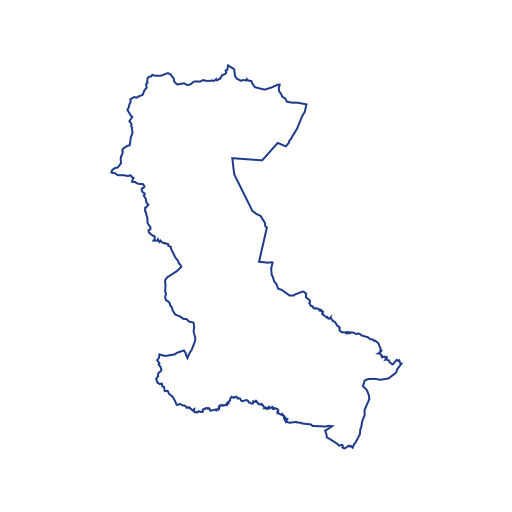 Twifo Hemang Lower Denkyira, Central, Ghana (orthographic projection), rotated 202°
{"feature_id": "2480657B44541331554905", "entity_name": "Twifo Hemang Lower Denkyira", "entity_type": "district", "adm_level": 2, "iso_a3": "GHA", "parent_name": "Ghana", "parent_adm1": "Central", "projection": "orthographic", "projection_center": [-1.455, 5.378], "detail": "fine", "context": "isolated", "style": "outline", "palette": "blue", "viewbox_px": 512, "rotation_deg": 202, "n_neighbors": 0, "source": "geoboundaries", "source_scale": "gbopen_adm2", "svg_char_len": 6092}
<svg xmlns="http://www.w3.org/2000/svg" viewBox="0 0 512 512"><g transform="rotate(202 256 256)"><path d="M266.0,415.5L274.6,413.8L280.6,411.5L285.2,410.7L288.0,413.0L291.4,413.6L293.1,415.4L296.5,417.6L298.2,421.3L297.9,422.2L298.3,423.8L300.0,423.0L304.9,417.9L310.3,413.5L320.2,412.1L324.2,414.7L325.7,416.4L329.3,415.8L330.9,416.6L331.0,414.9L333.7,414.5L335.6,412.8L340.1,413.2L342.9,415.0L345.9,420.6L346.8,421.2L353.3,422.2L352.4,417.8L353.6,416.5L352.3,415.1L352.5,413.6L354.0,411.8L355.0,411.5L355.8,406.7L356.5,406.6L357.7,404.4L358.7,404.2L359.3,404.9L359.6,403.9L361.3,402.1L362.5,402.4L364.0,401.2L368.5,399.5L370.8,399.4L373.3,396.7L377.6,395.2L379.3,393.9L380.9,390.7L383.6,388.7L387.4,389.2L393.1,385.6L395.6,386.2L397.2,387.2L398.5,389.5L403.0,392.3L406.2,392.6L411.6,387.6L417.4,385.2L420.0,385.2L420.5,383.2L422.1,382.2L423.2,380.6L422.2,376.7L421.5,376.1L422.3,374.0L420.4,371.1L421.5,368.1L421.5,362.9L425.2,359.4L425.8,358.2L428.5,357.7L431.2,354.3L430.0,351.9L430.1,348.2L429.6,345.8L430.0,343.3L424.8,339.4L422.8,338.6L423.9,333.5L421.9,332.5L420.6,331.2L420.3,329.4L419.0,328.6L418.4,326.7L417.1,325.0L416.5,322.7L416.5,319.2L414.6,311.4L416.5,310.0L419.4,306.0L419.5,303.5L418.5,302.7L418.1,299.4L418.5,298.1L417.7,294.9L415.9,291.5L417.4,286.2L419.8,284.6L421.4,282.2L421.5,279.4L420.4,279.2L417.7,279.9L414.3,279.2L409.1,281.3L404.5,282.2L403.0,283.7L401.7,283.6L401.1,282.7L398.9,282.6L399.0,278.7L398.5,278.3L395.6,279.4L394.2,278.8L391.9,278.9L387.8,280.3L385.5,278.9L385.7,277.2L387.1,275.8L386.8,274.4L384.9,272.6L382.9,272.4L382.3,271.7L382.7,269.9L379.8,268.0L377.6,264.5L375.0,263.2L376.3,259.3L376.8,259.2L375.7,256.0L374.1,255.0L373.4,253.4L371.1,250.9L368.8,245.8L364.7,243.2L363.9,241.2L365.1,240.2L365.1,239.1L364.0,237.6L359.3,236.1L358.3,236.5L357.2,236.1L356.3,233.7L356.8,231.9L353.0,233.3L353.1,234.7L350.8,232.8L350.3,234.5L349.0,233.7L346.5,233.3L345.5,234.0L344.3,233.5L343.1,234.1L341.8,234.1L341.1,232.6L338.5,232.6L337.1,230.5L330.1,224.3L326.5,222.4L324.8,220.3L323.1,219.7L321.2,218.0L323.8,212.2L330.3,203.0L331.1,200.1L330.8,198.0L329.3,195.9L326.9,189.0L325.1,186.9L325.1,184.6L323.9,182.4L322.4,181.1L321.4,181.3L318.4,180.0L316.8,177.8L315.1,177.2L312.9,174.3L309.0,171.5L303.4,171.4L299.5,170.5L296.8,171.5L293.5,170.1L289.8,170.8L288.6,170.4L286.7,166.9L285.6,162.7L281.3,156.8L280.6,153.8L280.5,145.2L281.3,140.4L281.3,135.7L283.8,138.0L284.8,139.6L287.5,141.4L293.2,136.5L294.5,134.3L302.7,129.3L308.7,128.5L307.8,125.4L308.6,122.4L305.3,120.3L305.7,119.0L302.9,117.3L301.1,115.2L301.1,113.8L302.6,110.9L302.6,109.3L301.6,107.9L302.6,104.7L299.9,101.6L297.0,101.2L295.8,102.4L295.2,102.2L294.1,100.1L292.2,100.1L290.0,96.5L287.5,97.9L284.7,95.5L280.8,94.4L277.0,91.5L274.0,88.4L272.8,88.5L271.3,90.3L267.7,90.0L266.6,90.7L263.8,89.9L263.3,89.4L262.8,90.2L261.5,90.0L261.3,90.6L260.8,90.7L260.4,90.1L260.1,90.3L257.1,89.1L255.9,90.8L255.5,88.7L254.5,88.2L252.1,88.9L252.3,89.3L251.4,89.6L250.8,90.7L247.8,91.0L246.9,91.9L247.8,93.7L246.5,95.1L245.7,95.3L245.4,96.3L243.7,96.9L243.2,96.3L242.3,97.3L240.2,95.5L236.5,98.2L235.2,97.9L235.3,98.8L233.6,100.2L233.2,99.6L232.8,100.4L234.1,102.4L234.0,102.9L232.8,103.3L233.2,104.2L231.0,105.4L230.3,104.9L228.7,106.5L227.1,106.7L227.4,107.8L227.0,108.3L227.6,108.2L227.9,108.6L226.5,109.5L227.1,110.4L225.9,112.2L226.4,114.0L226.0,116.2L223.8,116.1L223.5,116.9L222.9,116.8L222.5,117.6L221.3,118.2L219.6,117.0L219.1,117.6L217.4,117.8L215.8,116.5L214.4,116.2L210.9,118.9L208.9,118.6L207.9,117.5L206.7,117.9L205.2,117.4L203.6,118.1L204.2,120.2L202.2,120.4L202.0,121.8L201.5,121.9L200.3,120.6L198.8,120.4L198.4,119.7L196.2,119.9L195.7,120.7L195.2,120.2L194.6,120.7L192.0,118.9L190.4,119.1L190.9,118.1L189.4,118.7L188.7,118.3L188.1,119.7L187.9,119.0L187.2,119.1L187.1,120.9L186.0,120.3L184.2,122.2L183.3,120.5L182.1,120.7L181.9,121.9L179.0,122.2L177.4,121.2L177.3,120.0L177.8,119.6L177.2,118.2L176.7,118.6L173.4,118.3L172.6,119.3L172.1,118.5L171.5,118.8L170.9,118.0L169.9,118.1L169.5,116.9L168.8,117.1L168.9,116.4L168.3,116.6L168.5,115.5L167.2,114.3L167.6,116.0L166.1,116.5L166.4,115.3L165.3,114.3L166.2,114.1L165.1,113.6L162.3,114.0L156.5,117.3L155.5,117.0L151.5,118.3L150.5,118.0L142.0,120.4L140.0,119.6L127.5,124.0L125.4,125.6L121.7,126.7L126.4,119.9L123.5,116.5L122.5,114.5L109.9,112.3L109.0,111.5L107.7,111.3L106.6,112.6L105.1,113.1L103.8,111.5L104.1,110.9L103.1,110.6L101.6,110.9L98.7,115.1L97.4,114.5L96.4,115.4L94.6,114.5L94.5,118.3L93.8,120.5L92.9,129.6L94.3,134.1L94.4,137.1L95.7,143.2L95.6,149.0L97.7,154.1L97.3,165.8L99.0,168.9L101.6,171.8L103.7,173.6L108.0,175.3L108.6,181.3L105.8,184.0L100.1,186.5L94.2,187.9L87.3,192.1L82.4,200.4L82.7,203.9L80.8,210.7L81.8,210.4L84.2,213.0L84.8,212.0L86.7,212.4L88.4,207.1L89.0,206.6L92.5,207.6L93.7,209.0L95.4,208.7L96.1,209.4L97.1,208.5L96.7,210.8L97.1,211.4L98.2,210.3L99.4,210.8L101.0,209.3L101.7,210.5L102.2,210.2L103.2,211.5L104.3,211.9L106.1,211.4L105.2,212.5L105.0,214.3L104.4,214.4L104.2,215.2L105.4,215.3L105.6,216.5L109.8,220.9L113.8,222.2L114.6,221.5L116.4,222.4L119.0,221.6L121.7,222.6L128.3,221.9L130.3,222.6L132.0,222.5L133.7,221.3L137.9,221.3L139.8,220.6L139.7,219.7L140.6,219.3L141.7,219.9L142.4,218.7L142.7,219.4L143.4,218.5L144.0,219.1L145.3,218.2L148.0,217.5L150.5,218.2L151.6,220.9L152.1,220.8L152.5,221.5L154.4,221.7L157.9,224.4L160.3,224.5L163.4,226.5L163.8,226.1L163.9,226.9L164.3,225.9L165.5,225.1L167.0,226.1L167.4,225.5L172.9,227.0L172.7,228.3L173.2,228.5L173.2,229.6L175.3,229.4L174.7,229.9L175.1,230.3L180.9,230.1L181.3,229.3L183.4,229.4L184.3,230.6L186.1,230.2L189.0,232.3L188.6,233.6L189.7,235.1L194.2,236.4L195.5,240.0L198.2,240.7L199.1,240.7L201.3,238.8L205.8,234.5L206.0,233.7L209.9,231.9L219.3,234.2L223.2,234.0L226.9,237.9L229.5,239.1L233.1,243.5L234.2,244.1L237.3,250.1L238.1,256.1L238.8,256.2L242.6,254.2L251.0,251.8L256.6,286.5L258.6,287.1L260.0,290.0L266.9,294.9L271.2,295.1L276.3,296.5L306.7,323.5L310.2,329.7L314.6,337.8L286.1,347.0L278.2,369.0L269.4,368.8L268.0,373.3L268.2,375.6L267.7,376.8L265.6,389.7L265.6,403.0L264.8,407.9L266.0,415.5Z" fill="none" stroke="#1e3a8a" stroke-width="2"/></g></svg>